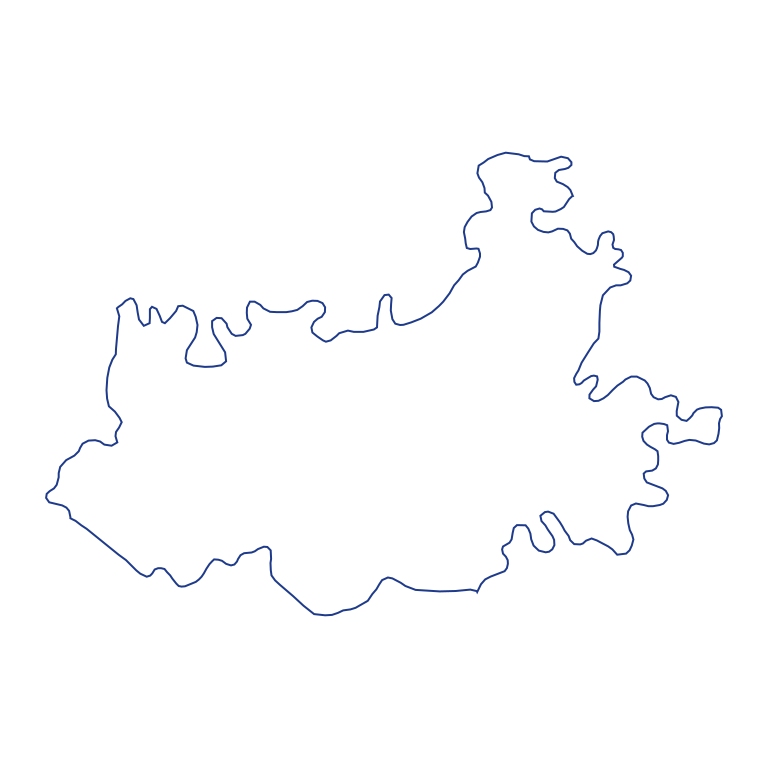 outline of Uzda, Minsk, Belarus
{"feature_id": "67162791B57084664446232", "entity_name": "Uzda", "entity_type": "district", "adm_level": 2, "iso_a3": "BLR", "parent_name": "Belarus", "parent_adm1": "Minsk", "projection": "mercator", "projection_center": [27.363, 53.476], "detail": "fine", "context": "isolated", "style": "outline", "palette": "blue", "viewbox_px": 768, "rotation_deg": 0, "n_neighbors": 0, "source": "geoboundaries", "source_scale": "gbopen_adm2", "svg_char_len": 6103}
<svg xmlns="http://www.w3.org/2000/svg" viewBox="0 0 768 768"><path d="M116.9,308.3L119.3,316.3L118.0,326.2L116.0,349.0L115.8,354.3L112.4,359.6L109.3,367.4L107.3,377.8L106.5,390.2L107.1,398.6L108.9,406.3L114.9,411.6L119.5,417.8L121.7,422.2L119.1,427.5L116.0,432.0L115.5,436.2L117.3,442.4L111.6,445.7L104.3,444.6L100.1,441.5L95.2,440.2L88.5,440.6L82.6,443.7L80.1,447.9L78.8,451.2L74.4,455.6L66.2,460.1L60.2,466.9L58.7,473.1L58.7,477.3L56.7,484.8L54.0,488.4L49.6,491.2L46.7,493.9L46.1,497.9L49.2,502.3L62.2,505.4L66.4,507.6L69.1,510.9L70.4,517.1L70.4,518.3L75.6,520.9L81.3,525.3L86.6,528.8L118.6,554.7L126.0,560.1L136.2,570.3L140.3,573.7L146.7,576.7L150.2,575.6L152.3,573.4L154.7,569.5L158.1,568.2L161.1,568.2L164.5,569.0L167.1,572.2L170.2,575.4L172.4,578.7L176.3,583.6L178.7,586.0L181.5,586.6L185.0,586.3L195.8,581.9L198.9,579.5L201.6,576.7L203.9,573.3L206.5,568.6L209.5,564.1L212.1,561.3L214.1,559.4L218.3,559.7L222.0,560.8L226.2,563.9L231.0,565.4L234.4,564.5L237.0,561.5L238.0,559.1L240.5,555.2L244.1,553.2L251.6,552.5L254.8,551.3L257.9,549.1L263.9,546.7L267.4,547.0L270.7,550.4L271.1,558.9L270.5,563.0L270.8,570.2L271.5,575.4L275.1,580.4L279.9,584.8L293.2,596.2L303.5,605.7L314.1,614.1L325.2,615.3L332.0,614.9L337.9,612.9L343.2,610.4L350.5,609.4L355.6,607.8L367.8,600.8L372.3,594.1L376.4,589.3L379.3,584.3L382.1,580.1L387.9,577.5L392.4,578.4L400.8,582.8L405.4,586.0L415.6,589.9L439.6,591.4L455.7,591.0L470.3,589.6L476.8,591.1L477.2,592.0L481.0,584.2L485.2,579.4L490.6,576.6L504.6,571.2L506.9,568.1L507.9,563.8L507.7,560.2L505.9,556.7L503.0,553.6L502.1,549.4L503.0,546.5L509.5,542.7L511.6,539.4L512.7,532.8L513.8,528.0L517.0,525.1L525.6,525.3L528.3,528.6L530.4,533.6L531.2,539.3L533.6,545.6L538.8,550.6L545.7,552.3L549.1,551.7L552.3,549.3L554.4,545.1L554.1,539.9L552.5,536.2L547.8,529.5L545.4,525.4L541.5,521.1L540.4,515.8L544.9,512.1L548.1,511.6L553.6,513.7L560.0,522.4L562.6,526.7L564.7,530.7L568.6,535.9L570.2,540.2L574.2,544.1L580.2,544.4L582.9,543.5L586.0,540.7L591.6,538.5L596.8,540.4L608.2,546.4L612.4,549.4L617.2,554.7L626.1,553.6L629.6,550.3L631.8,545.5L633.4,539.5L632.1,534.7L629.8,530.1L628.3,523.4L627.6,516.8L628.1,511.3L631.1,505.5L635.9,503.5L643.7,505.0L648.5,506.2L653.0,506.2L659.8,505.0L663.3,503.7L666.8,499.9L668.1,495.2L665.8,490.9L662.5,488.4L646.8,482.4L644.3,478.5L643.7,473.6L646.1,471.4L652.2,470.6L655.9,468.4L657.9,464.5L658.2,460.5L658.2,456.2L657.5,451.2L654.8,449.2L650.4,446.8L647.0,444.6L643.5,440.9L642.2,436.7L642.5,432.7L649.0,426.7L654.2,423.9L657.5,423.4L659.5,423.4L663.9,424.0L667.2,425.2L668.0,431.2L667.0,435.1L667.0,439.7L668.9,442.6L673.6,443.9L679.1,442.8L684.7,440.9L689.4,439.9L695.7,440.5L703.9,443.6L709.2,444.4L714.0,443.1L716.9,440.4L718.5,433.8L719.2,428.1L719.0,423.3L720.1,419.0L721.9,416.2L721.1,409.8L718.1,407.7L711.6,407.2L705.5,407.4L699.9,408.5L697.0,409.6L693.4,413.2L692.3,415.4L689.9,418.0L686.6,420.9L681.5,419.8L676.8,415.7L676.7,411.1L678.4,402.0L675.9,396.9L670.9,395.3L665.1,397.2L661.8,399.0L658.1,399.3L653.6,397.2L651.1,393.8L649.8,388.0L647.5,383.5L644.8,380.5L636.9,376.6L631.2,376.6L625.4,379.5L623.0,381.8L617.4,385.6L612.6,390.1L607.9,395.0L603.5,398.3L598.5,400.8L594.0,401.1L589.4,398.3L589.5,394.6L593.1,389.6L596.1,386.3L597.7,379.7L597.1,376.4L593.9,375.6L591.1,376.1L583.9,380.5L581.6,383.0L579.4,384.3L576.2,384.7L574.4,381.9L574.1,378.2L576.2,374.0L578.4,370.5L581.6,362.7L587.6,353.1L593.8,343.4L598.4,338.6L599.4,331.6L599.4,322.8L599.9,310.9L600.4,305.2L602.9,295.3L610.2,287.5L616.2,285.3L620.8,285.3L627.3,283.3L630.3,280.5L631.1,275.7L628.6,272.2L624.0,269.9L620.3,268.9L614.2,266.7L614.0,264.6L622.0,257.6L622.8,256.3L622.8,252.8L621.0,250.0L618.3,249.3L615.2,249.0L613.2,247.8L612.5,244.5L614.0,240.0L613.7,236.5L613.2,234.2L611.2,232.2L608.2,231.4L602.4,233.2L600.1,236.0L598.6,239.5L598.1,241.5L597.9,245.0L596.9,248.3L595.9,250.5L593.3,253.1L590.3,254.1L587.3,253.8L582.3,250.8L577.2,246.3L574.2,242.0L571.2,238.7L569.9,233.7L567.4,230.4L563.1,228.9L557.9,228.7L552.1,231.4L548.3,232.4L543.5,231.9L538.0,229.9L533.9,226.4L531.4,221.6L531.9,213.3L535.2,209.8L539.5,208.5L542.0,209.3L543.8,211.3L552.8,211.8L555.6,211.5L560.9,209.0L563.9,207.0L569.2,199.0L572.5,195.9L572.8,195.9L570.4,190.1L567.7,187.1L562.9,184.1L556.8,181.6L554.8,178.1L555.3,172.8L558.9,170.0L564.9,169.0L568.4,167.8L571.4,165.0L571.4,162.2L567.9,158.2L561.1,156.7L547.3,161.5L534.2,161.2L529.9,159.4L528.9,156.3L524.3,156.1L518.7,154.3L505.7,152.7L497.5,155.0L488.2,159.0L483.7,162.5L478.7,165.6L477.4,173.3L479.0,177.6L482.4,182.3L484.5,188.1L484.8,192.6L488.0,195.6L491.4,201.9L492.0,207.5L490.4,210.1L486.1,211.4L480.6,212.0L476.6,213.0L471.6,216.5L467.6,221.8L464.7,227.1L463.9,232.1L465.2,238.7L465.7,243.2L466.8,248.0L470.2,249.0L476.6,248.5L478.5,248.8L480.0,253.5L480.0,256.7L477.9,262.6L475.8,266.5L467.6,270.8L462.8,274.5L458.6,280.3L454.1,285.3L449.6,293.3L443.2,301.7L439.0,306.0L431.8,312.3L420.7,318.7L411.2,322.4L403.5,324.8L400.1,325.0L395.3,323.7L392.4,319.2L390.8,310.5L391.1,304.1L391.6,298.0L388.7,294.6L384.5,295.1L380.0,301.5L379.4,307.0L377.6,315.8L377.0,327.4L373.9,329.5L363.3,331.9L354.0,331.9L347.9,330.6L339.2,333.2L336.5,335.9L330.7,340.4L325.9,341.7L323.0,340.4L317.2,336.4L312.4,332.5L311.4,327.4L314.0,321.9L317.7,318.7L321.7,316.8L324.9,312.1L325.1,307.3L322.5,303.1L317.5,300.9L312.2,300.7L307.1,302.0L302.6,306.2L297.3,309.9L291.8,311.3L286.5,312.1L276.2,312.1L270.1,311.8L263.4,308.4L260.3,304.9L254.7,301.7L249.9,301.7L247.0,307.6L246.8,312.9L247.3,318.7L251.0,324.8L249.7,328.7L245.4,333.8L242.8,335.1L235.6,335.9L231.7,333.8L227.4,327.2L226.6,323.7L221.6,318.2L216.6,317.9L212.1,321.1L212.1,327.2L213.7,334.0L225.1,352.3L226.1,361.3L221.3,365.3L212.9,366.6L204.9,366.9L193.5,365.6L186.9,362.6L185.6,358.4L186.9,350.2L195.1,337.5L196.7,332.2L197.5,325.0L195.7,316.8L193.3,311.0L182.7,305.7L178.2,306.2L176.1,311.0L170.0,318.2L164.9,323.2L162.0,321.9L159.7,315.8L156.5,308.9L152.0,306.8L149.9,309.2L149.9,317.9L149.6,323.2L143.8,325.8L139.0,319.5L137.7,312.6L136.6,305.2L133.4,299.1L130.3,298.3L125.5,300.9L122.1,304.4L118.3,307.0L116.9,308.3Z" fill="none" stroke="#1e3a8a" stroke-width="2"/></svg>